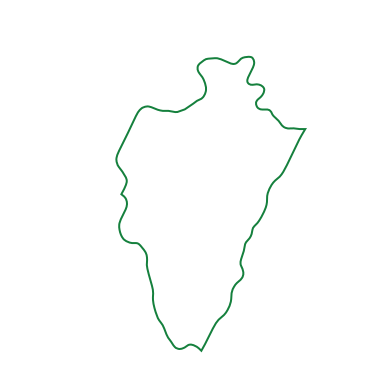 Villa Gonzalez, Santiago, Dominican Republic (Robinson projection), rotated 206°
{"feature_id": "3306468B91060644356542", "entity_name": "Villa Gonzalez", "entity_type": "district", "adm_level": 2, "iso_a3": "DOM", "parent_name": "Dominican Republic", "parent_adm1": "Santiago", "projection": "robinson", "projection_center": [-70.779, 19.554], "detail": "fine", "context": "isolated", "style": "outline", "palette": "green", "viewbox_px": 384, "rotation_deg": 206, "n_neighbors": 0, "source": "geoboundaries", "source_scale": "gbopen_adm2", "svg_char_len": 2993}
<svg xmlns="http://www.w3.org/2000/svg" viewBox="0 0 384 384"><g transform="rotate(206 192 192)"><path d="M114.0,53.4L113.6,61.1L113.4,78.4L113.0,84.6L112.1,88.9L109.3,95.6L108.6,98.5L108.3,101.5L108.3,106.0L109.0,110.4L109.8,112.9L112.1,118.5L112.8,122.4L112.7,125.1L112.4,127.7L111.7,130.1L109.9,134.3L109.4,136.6L109.3,137.9L109.7,140.3L110.7,142.4L112.8,144.9L116.0,147.6L116.7,148.4L117.8,150.6L118.4,153.2L119.6,161.7L121.4,168.4L121.4,170.5L120.0,175.7L119.8,178.0L120.0,180.4L121.1,184.5L121.4,186.5L121.0,188.6L119.6,192.8L119.1,195.6L118.7,199.9L118.6,205.9L118.9,210.4L119.4,213.2L120.2,215.8L122.7,221.4L123.4,224.2L123.8,228.7L123.6,233.2L123.1,236.1L122.3,238.7L119.9,244.2L119.2,247.1L118.8,250.1L118.5,257.8L118.6,286.1L118.4,290.8L117.8,298.2L122.7,295.8L128.5,293.8L133.5,291.2L135.8,290.7L137.0,290.6L138.2,290.7L140.4,291.3L145.3,293.9L151.9,296.0L153.7,296.9L155.8,298.6L157.4,299.3L158.4,299.5L160.4,299.2L164.8,297.0L166.8,296.3L169.1,296.3L170.2,296.7L171.1,297.2L172.7,298.7L173.7,300.6L173.8,301.7L173.5,303.7L171.9,307.4L171.3,309.6L171.1,312.0L171.2,313.2L171.8,315.5L172.5,316.5L173.4,317.2L174.5,317.7L176.6,318.1L178.8,317.9L181.0,317.2L184.4,315.0L186.2,314.2L188.2,314.1L189.2,314.4L190.2,315.0L190.9,315.9L191.4,317.0L191.8,319.5L191.8,330.7L192.1,333.4L192.5,334.8L193.0,335.9L194.4,337.7L196.2,338.9L197.3,339.2L198.4,339.1L200.3,338.4L203.6,336.3L205.2,334.9L206.4,333.2L207.7,329.2L208.5,327.3L209.2,326.4L210.1,325.7L211.1,325.1L213.4,324.5L224.0,324.0L227.9,323.3L230.1,322.3L235.9,318.9L237.7,317.5L239.0,315.6L241.4,310.8L241.9,308.7L241.9,307.6L241.6,306.5L240.6,304.5L239.1,303.0L237.2,301.8L233.0,299.7L230.9,298.2L227.9,295.4L225.3,292.2L224.1,289.8L223.7,288.5L223.3,285.9L223.4,283.3L223.6,282.1L224.4,280.0L227.5,276.1L229.6,272.0L234.7,263.1L240.2,257.5L242.1,256.5L248.7,254.6L253.9,252.1L256.3,251.4L258.9,250.9L265.7,250.4L268.3,249.9L269.6,249.4L271.5,248.1L273.2,246.3L273.9,245.3L274.9,242.8L275.5,239.9L275.7,235.5L275.5,217.0L275.6,196.9L275.4,192.5L274.8,189.6L274.3,188.2L273.0,186.1L270.5,183.5L268.5,182.3L263.4,179.7L257.8,176.1L256.2,174.5L255.5,173.4L255.0,172.2L254.5,169.5L254.3,165.1L254.5,159.0L251.0,158.2L248.9,157.2L248.0,156.5L246.3,154.7L245.1,152.6L244.3,150.0L244.0,147.3L244.0,136.2L243.5,132.1L243.1,130.8L242.0,128.4L240.6,126.3L239.0,124.3L237.2,122.5L235.3,121.0L233.2,119.8L232.0,119.4L229.5,119.0L225.9,119.2L223.6,119.8L219.8,121.6L218.9,121.9L217.9,122.0L216.9,121.9L215.0,121.3L210.0,119.0L207.9,117.8L206.9,117.1L205.2,115.5L203.8,113.5L202.6,111.3L200.6,106.6L198.4,103.4L194.9,99.2L186.9,90.2L184.4,87.1L182.4,83.7L180.9,80.1L179.7,77.8L177.5,74.5L174.9,71.3L172.2,68.3L169.3,65.5L167.4,63.7L165.3,62.3L162.0,60.6L159.9,59.4L157.1,57.1L152.5,52.8L149.6,50.6L145.2,48.3L141.4,46.0L139.3,45.1L138.1,44.8L135.8,45.0L134.6,45.3L132.7,46.5L131.9,47.3L130.5,48.9L128.4,52.6L127.7,53.4L126.8,54.0L125.8,54.5L123.5,55.0L119.9,55.0L117.4,54.5L114.0,53.4Z" fill="none" stroke="#15803d" stroke-width="2"/></g></svg>